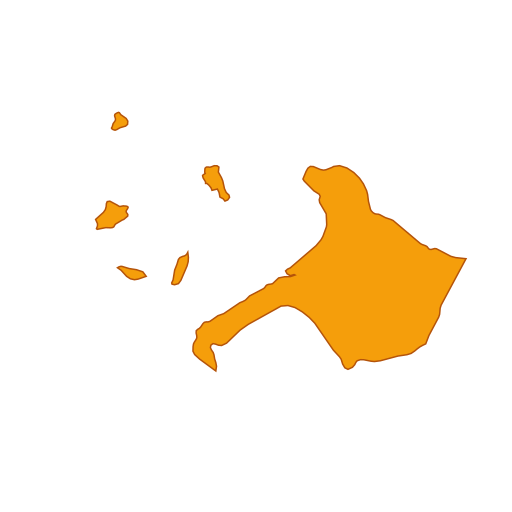 outline of Cagayan, rotated 298°
{"feature_id": "PHL-2545", "entity_name": "Cagayan", "entity_type": "Province", "adm_level": 1, "iso_a3": "PHL", "parent_name": "Philippines", "parent_adm1": "", "projection": "orthographic", "projection_center": [121.637, 18.548], "detail": "fine", "context": "isolated", "style": "filled", "palette": "amber", "viewbox_px": 512, "rotation_deg": 298, "n_neighbors": 0, "source": "natural_earth", "source_scale": "10m", "svg_char_len": 3474}
<svg xmlns="http://www.w3.org/2000/svg" viewBox="0 0 512 512"><g transform="rotate(298 256 256)"><path d="M142.4,245.0L146.4,243.0L149.0,242.1L150.7,242.0L154.4,242.3L156.1,242.1L157.9,241.0L159.9,239.3L162.0,238.3L164.0,239.0L165.4,239.9L167.3,240.5L171.3,240.9L173.2,241.5L174.4,242.9L175.3,244.6L176.7,246.0L185.4,250.4L190.0,254.6L207.2,263.7L209.7,265.8L212.1,267.4L217.8,269.1L230.8,278.0L232.2,278.5L234.6,278.8L235.7,279.3L236.9,280.5L238.0,282.1L239.3,283.6L247.3,286.3L251.1,291.0L254.0,296.1L257.5,299.4L257.5,298.3L254.8,295.6L254.9,291.8L256.7,289.1L259.2,290.0L261.6,291.8L293.3,304.2L300.8,305.8L304.7,305.9L314.7,304.5L316.9,303.7L326.2,298.2L333.0,287.2L335.3,285.4L338.8,284.7L340.2,282.8L340.7,276.5L344.8,263.4L346.0,261.3L354.2,260.5L357.9,260.6L360.6,261.9L361.9,264.7L362.6,272.2L363.5,275.3L365.0,277.3L369.9,281.5L371.5,282.5L375.0,287.4L376.4,295.0L375.6,303.2L373.3,310.8L370.1,317.0L365.6,323.0L362.8,325.6L357.0,329.7L351.0,335.1L350.0,336.5L349.2,338.9L349.1,341.2L349.6,342.8L350.3,344.2L350.6,345.8L350.6,352.2L351.6,358.2L351.7,360.4L344.2,395.0L344.1,396.9L344.7,401.1L344.6,402.6L343.5,405.0L343.4,406.3L344.1,407.7L346.5,410.3L347.1,411.9L347.2,428.2L348.3,433.0L352.2,442.7L299.6,442.5L296.4,443.1L290.7,445.5L287.8,446.0L267.0,446.0L258.1,447.1L255.4,445.1L252.6,443.3L249.6,441.9L246.6,440.7L242.8,438.7L239.7,435.6L234.3,428.3L221.9,415.0L218.4,410.1L217.1,406.9L215.0,399.9L213.5,396.9L211.0,394.5L208.9,394.1L206.4,394.2L203.0,393.4L199.1,390.4L199.0,386.9L201.3,383.2L204.8,379.7L206.2,377.1L209.2,368.5L224.3,339.4L226.8,331.7L228.4,323.2L228.8,314.7L227.3,307.5L223.5,301.6L192.1,281.3L183.2,276.8L165.2,270.9L160.8,267.6L159.6,264.7L159.2,261.6L158.4,259.1L156.0,258.0L153.6,258.8L152.0,261.0L150.7,263.5L149.0,265.3L145.6,267.9L143.0,270.6L140.1,272.9L135.6,274.5L138.5,254.6L140.2,248.1L142.3,245.1L142.4,245.0ZM235.8,112.6L237.9,115.2L238.2,115.8L238.4,116.4L238.8,117.2L239.2,118.2L239.4,119.6L238.8,120.3L237.4,120.4L235.8,120.2L234.5,120.3L233.5,121.2L233.0,122.4L232.4,123.4L231.0,124.0L226.2,122.1L225.1,121.1L218.3,117.0L217.4,116.8L216.2,116.8L214.8,116.7L213.6,115.8L212.6,114.3L210.5,110.0L205.0,103.3L205.2,102.3L208.1,101.9L210.1,100.9L213.0,97.2L222.9,100.8L226.2,101.2L229.3,100.5L232.0,99.3L234.2,99.1L235.8,101.2L235.8,109.9L235.7,110.6L235.6,111.2L235.8,112.6ZM313.9,174.8L316.1,176.7L317.4,179.3L317.1,181.5L312.4,183.4L308.9,188.8L306.6,191.5L300.6,196.6L298.1,199.9L297.1,203.5L295.4,205.1L292.2,204.7L289.9,202.8L291.1,200.2L291.1,196.5L294.7,193.6L297.0,190.5L293.3,186.3L295.1,184.2L296.4,181.2L297.0,178.6L296.4,177.4L297.8,176.6L300.1,172.7L301.8,171.1L302.8,171.2L304.0,171.9L305.1,172.4L305.5,171.7L306.1,171.3L308.7,170.1L309.6,169.8L311.2,170.4L312.1,171.9L312.7,173.6L313.9,174.8ZM211.6,190.1L216.6,189.1L218.9,189.6L221.3,191.5L222.5,192.8L223.8,193.6L225.4,194.0L227.3,194.0L223.0,197.0L219.1,198.8L214.8,199.8L199.3,201.1L195.2,200.5L192.4,197.6L191.7,195.1L192.6,194.2L196.0,194.0L205.4,190.8L211.6,190.1ZM180.6,139.2L182.1,140.1L183.2,141.2L183.9,142.5L185.4,150.0L187.8,156.9L188.9,163.5L186.5,168.6L180.2,162.7L178.0,159.8L176.9,155.8L177.3,151.3L180.1,143.5L180.6,139.2ZM314.8,64.9L315.7,65.3L317.2,66.2L318.3,67.2L318.4,68.1L317.3,70.3L316.5,76.8L314.9,79.5L311.9,80.8L309.5,79.9L305.4,75.7L302.2,73.7L300.9,72.5L300.5,70.6L300.7,68.7L301.3,68.3L302.4,68.4L305.9,67.7L308.5,68.1L310.0,68.1L311.3,67.4L313.4,65.3L314.8,64.9Z" fill="#f59e0b" stroke="#b45309" stroke-width="1.5"/></g></svg>